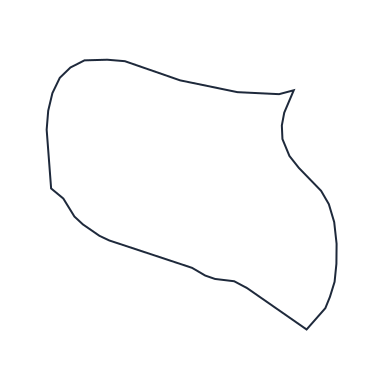 SVG path tracing the border of Bắc Ninh, rotated 188°
{"feature_id": "VNM-463", "entity_name": "Bắc Ninh", "entity_type": "Province", "adm_level": 1, "iso_a3": "VNM", "parent_name": "Vietnam", "parent_adm1": "", "projection": "natural_earth1", "projection_center": [106.104, 21.117], "detail": "fine", "context": "isolated", "style": "outline", "palette": "slate", "viewbox_px": 384, "rotation_deg": 188, "n_neighbors": 0, "source": "natural_earth", "source_scale": "10m", "svg_char_len": 610}
<svg xmlns="http://www.w3.org/2000/svg" viewBox="0 0 384 384"><g transform="rotate(188 192 192)"><path d="M219.3,300.9L160.9,297.2L119.4,301.0L105.4,306.9L111.7,283.4L112.3,270.4L109.8,257.0L100.5,241.2L89.5,230.7L64.3,211.1L54.8,199.0L47.0,182.0L41.6,160.8L39.0,140.9L38.3,122.9L40.8,107.4L43.8,95.5L59.4,71.8L124.1,104.5L137.8,109.5L157.1,109.1L167.3,111.1L181.4,116.9L267.2,132.5L277.5,135.7L295.5,144.7L305.0,151.3L318.5,167.6L332.0,175.9L344.6,233.5L345.7,252.5L344.0,270.5L338.8,286.7L329.7,298.4L316.8,307.4L294.3,311.2L276.7,312.2L219.3,300.9Z" fill="none" stroke="#1e293b" stroke-width="2"/></g></svg>